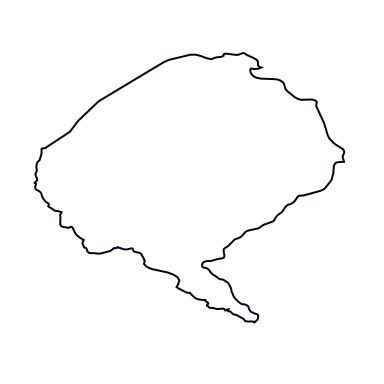 Vakaga, Equal Earth projection, rotated 264°
{"feature_id": "CAF-812", "entity_name": "Vakaga", "entity_type": "Prefecture", "adm_level": 1, "iso_a3": "CAF", "parent_name": "Central African Republic", "parent_adm1": "", "projection": "equal_earth", "projection_center": [21.98, 9.792], "detail": "fine", "context": "isolated", "style": "outline", "palette": "ink", "viewbox_px": 384, "rotation_deg": 264, "n_neighbors": 0, "source": "natural_earth", "source_scale": "10m", "svg_char_len": 4583}
<svg xmlns="http://www.w3.org/2000/svg" viewBox="0 0 384 384"><g transform="rotate(264 192 192)"><path d="M250.8,47.0L251.0,50.5L264.6,76.8L274.6,86.1L291.9,108.5L307.9,142.7L323.8,176.9L325.8,182.7L328.7,204.9L328.2,209.8L326.9,213.6L323.4,220.9L322.2,224.6L322.3,226.0L323.2,229.2L323.4,230.9L323.3,234.9L323.6,236.1L324.3,237.7L325.0,237.7L325.6,238.0L326.1,239.0L326.1,239.9L323.8,249.9L323.6,252.2L324.6,256.1L324.8,258.0L323.9,259.5L322.6,260.8L319.0,267.0L316.9,269.9L315.8,270.8L314.2,271.1L311.1,271.0L309.7,271.7L308.6,273.9L307.7,271.1L307.6,268.0L308.2,265.3L308.7,263.9L308.4,263.3L307.7,262.8L306.6,262.7L305.5,262.7L304.2,263.0L303.0,263.6L301.9,264.3L300.9,265.1L300.0,266.2L299.2,267.6L298.4,269.6L297.6,272.1L295.6,286.0L295.0,288.5L294.4,290.1L293.0,292.3L291.6,293.9L291.0,294.3L290.1,294.7L289.2,294.9L285.6,295.5L283.9,296.2L281.8,297.8L275.2,304.5L273.4,307.2L272.2,310.4L271.7,318.5L271.4,321.3L270.1,324.2L269.1,325.2L268.1,325.5L265.3,324.5L264.3,324.6L246.5,330.6L234.4,332.9L230.6,334.3L225.9,338.0L224.4,339.5L219.2,346.2L218.2,347.0L217.3,347.4L216.6,347.5L215.8,347.5L214.9,347.3L211.7,345.6L210.5,345.5L209.3,345.7L208.3,346.0L206.1,346.3L206.4,341.8L206.3,340.2L206.2,338.7L205.7,337.6L204.6,336.7L203.1,335.8L195.9,334.5L190.5,332.5L189.0,331.7L181.8,324.7L180.5,322.3L179.6,319.2L176.9,302.6L177.1,299.0L177.0,297.8L176.1,296.5L171.6,292.6L170.4,290.5L169.6,288.4L169.3,286.6L168.8,285.2L168.3,284.4L167.2,283.2L163.8,280.5L162.4,279.0L160.0,274.8L159.1,273.6L157.9,272.6L155.4,270.9L154.5,269.9L154.0,268.5L152.0,260.3L151.3,258.5L150.5,257.1L149.7,256.0L149.1,254.7L148.8,253.1L147.9,244.7L147.3,242.3L146.6,240.9L143.1,237.1L142.2,235.7L141.5,234.2L141.1,232.7L140.6,230.1L140.2,229.3L134.6,222.5L133.7,220.8L133.0,219.2L132.1,217.9L130.8,217.4L128.4,217.3L125.9,217.6L124.6,217.5L123.6,217.0L123.2,216.2L122.9,215.2L122.8,214.1L122.7,211.6L122.6,210.1L121.7,205.6L121.5,203.9L121.5,202.4L121.8,199.9L121.7,198.9L121.5,197.9L121.0,196.3L120.4,195.3L119.6,194.9L117.3,194.2L116.8,194.3L116.3,194.7L115.7,195.7L115.4,196.4L115.0,197.9L114.7,198.4L114.4,199.0L113.9,199.6L113.2,200.3L112.5,200.8L111.9,201.3L110.5,201.9L109.3,202.8L107.2,204.7L105.3,207.4L103.3,209.3L102.7,210.2L102.3,211.0L102.0,212.4L101.6,213.7L101.3,214.2L101.0,214.7L100.2,215.4L99.6,216.3L98.5,217.5L98.2,218.0L97.3,218.7L92.9,220.5L91.4,220.8L89.5,220.9L88.3,221.1L86.0,222.0L84.7,222.2L83.2,222.8L81.7,223.7L78.4,226.3L76.2,228.6L75.6,229.4L75.3,230.2L75.1,230.8L74.6,232.8L74.3,233.5L74.0,234.0L73.8,234.4L72.6,235.7L72.1,236.0L71.2,236.3L69.7,236.5L67.2,237.7L66.7,238.2L66.3,238.6L66.0,239.2L65.5,240.3L65.2,240.8L64.6,241.6L63.6,243.9L63.2,244.4L62.7,244.7L61.8,244.9L60.2,244.6L58.2,243.8L55.6,240.2L55.3,239.8L55.9,240.1L56.5,239.9L57.1,237.4L57.3,234.2L58.0,231.4L60.1,230.2L61.1,229.0L64.8,223.7L65.6,221.8L66.0,220.4L66.9,219.4L68.9,217.9L69.4,216.7L69.5,215.6L70.1,215.1L71.5,216.0L71.4,214.3L71.3,213.9L70.8,213.4L70.8,212.5L72.2,211.9L72.8,210.3L72.9,205.9L73.2,204.0L74.5,200.5L74.8,198.0L75.1,197.5L75.6,196.8L76.3,196.2L76.8,195.8L76.9,195.6L77.0,195.3L77.2,195.0L77.8,194.9L78.2,195.2L79.1,196.4L79.5,196.6L80.2,196.2L80.8,195.6L82.1,194.1L82.4,193.9L82.9,194.1L83.2,194.1L83.4,193.6L83.3,191.8L83.4,191.4L84.8,186.7L85.8,184.4L91.1,179.8L91.9,179.5L92.1,177.5L92.8,175.7L97.7,168.2L99.1,166.7L100.4,167.8L104.3,169.8L105.6,170.2L109.0,168.5L112.1,164.3L114.6,159.1L119.6,143.9L122.2,139.3L125.3,136.8L126.2,136.9L127.3,137.5L128.5,137.8L129.5,137.2L129.9,137.5L132.9,136.2L133.4,135.8L135.9,135.0L137.1,133.0L137.9,130.4L139.0,127.9L139.8,127.5L140.9,127.3L141.9,126.9L142.3,125.7L142.2,124.7L141.8,122.8L141.7,121.4L142.0,118.7L144.9,112.1L144.2,111.2L144.2,110.3L144.3,109.5L144.3,108.6L143.7,107.5L142.0,104.9L141.7,103.7L141.5,101.6L140.6,96.7L140.4,94.1L140.6,91.6L141.5,87.8L141.7,85.2L142.2,83.2L143.6,82.0L145.2,81.4L146.6,81.3L147.2,80.9L147.6,79.9L148.2,79.0L149.2,78.6L150.0,78.5L151.8,77.8L152.8,77.7L154.7,78.9L155.7,79.2L156.1,78.2L156.5,78.0L158.7,75.2L161.6,72.5L163.3,71.5L169.1,69.5L170.1,68.1L169.2,65.4L169.8,63.6L170.5,61.0L171.5,58.6L173.3,57.5L181.3,58.6L182.8,58.3L185.5,60.2L186.8,57.5L187.8,53.4L190.6,50.4L191.6,48.7L192.8,47.5L194.3,48.3L195.1,48.3L196.1,47.4L197.9,45.2L199.1,44.4L201.1,43.3L203.1,42.5L203.5,42.5L206.1,41.9L207.5,41.3L208.7,40.3L210.4,37.7L211.3,36.8L212.6,36.5L214.1,36.8L215.5,37.5L216.7,37.6L217.5,36.5L219.7,39.1L221.7,39.3L223.7,38.5L226.0,38.1L226.8,38.5L228.6,39.6L229.6,39.9L232.9,39.8L233.8,39.9L237.4,41.1L239.8,43.8L245.6,46.3L250.8,47.0Z" fill="none" stroke="#020617" stroke-width="2"/></g></svg>